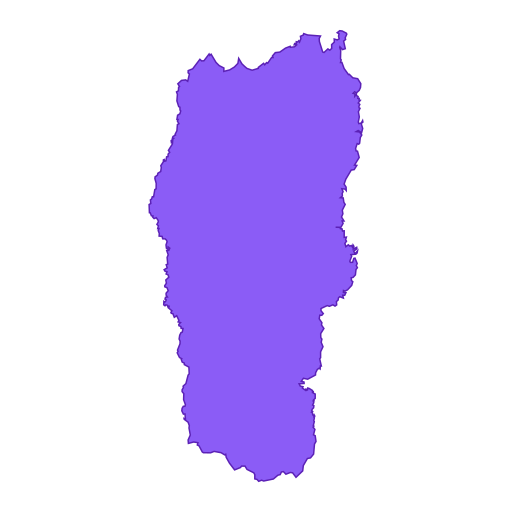 outline of Subang, Jawa Barat, Indonesia
{"feature_id": "22746128B90150108137034", "entity_name": "Subang", "entity_type": "district", "adm_level": 2, "iso_a3": "IDN", "parent_name": "Indonesia", "parent_adm1": "Jawa Barat", "projection": "equal_earth", "projection_center": [107.682, -6.498], "detail": "fine", "context": "isolated", "style": "filled", "palette": "violet", "viewbox_px": 512, "rotation_deg": 0, "n_neighbors": 0, "source": "geoboundaries", "source_scale": "gbopen_adm2", "svg_char_len": 6022}
<svg xmlns="http://www.w3.org/2000/svg" viewBox="0 0 512 512"><path d="M263.7,481.0L273.4,479.0L277.9,475.2L280.2,474.6L281.4,472.0L283.4,471.6L285.9,474.2L290.3,472.5L292.6,472.8L296.0,477.3L302.7,470.9L303.3,465.6L307.4,458.5L310.5,457.9L313.6,454.1L314.5,444.0L316.0,441.5L315.2,435.7L313.5,434.8L314.9,429.4L313.1,427.1L313.9,426.1L313.3,425.6L314.3,421.6L313.8,420.7L314.4,417.7L313.8,417.0L314.8,416.1L314.1,414.8L313.7,415.6L312.7,414.8L312.5,412.9L311.5,412.2L312.6,411.4L311.7,410.6L312.3,409.1L313.6,407.8L313.9,405.7L312.6,405.0L313.8,402.7L313.2,401.0L314.1,400.8L313.6,399.8L315.2,398.4L315.2,394.0L313.3,393.1L313.3,391.9L312.5,392.2L312.5,390.5L309.3,388.5L307.8,388.0L307.5,389.9L306.3,390.4L306.0,388.5L305.4,390.2L302.4,388.1L303.0,386.7L300.3,386.1L299.1,383.8L304.1,383.5L304.0,382.0L301.3,381.3L303.4,378.3L307.7,379.2L315.5,375.0L315.6,372.8L317.3,369.5L319.1,368.2L320.1,369.0L320.4,365.9L321.3,366.0L319.7,358.8L320.6,357.7L320.6,351.8L323.0,346.7L321.2,342.3L321.9,339.1L320.8,337.6L320.7,333.6L323.9,328.5L321.5,325.0L321.9,322.7L319.2,318.8L319.8,315.2L321.8,315.3L323.3,313.6L321.0,310.7L321.0,308.5L327.2,305.6L329.4,306.3L332.9,304.8L335.0,306.1L336.7,304.9L336.4,301.6L338.1,300.1L338.5,297.8L339.7,296.7L343.4,298.1L342.7,295.2L344.7,295.3L345.9,292.7L343.4,292.5L343.5,290.5L345.0,291.1L347.5,289.9L351.7,285.4L352.8,281.7L351.5,280.6L351.2,277.8L353.1,277.4L355.4,274.9L356.0,269.5L357.4,267.7L356.3,265.6L357.2,263.5L355.0,258.1L353.8,258.4L352.6,262.3L350.4,262.4L349.8,261.2L351.7,256.2L350.9,254.6L355.8,254.2L357.1,253.0L357.5,250.9L355.0,253.7L353.7,251.1L356.9,248.8L356.7,247.3L353.3,249.1L353.9,246.3L353.0,244.9L352.4,247.1L351.3,245.5L349.8,246.1L348.3,244.8L345.9,246.7L344.9,243.4L346.5,241.2L345.6,239.7L346.4,237.1L344.2,237.4L344.2,230.8L342.5,231.0L342.0,228.8L340.4,228.7L340.1,227.4L335.6,227.2L340.9,227.3L343.1,223.4L342.1,221.0L344.0,221.0L341.5,217.0L342.9,213.8L342.3,210.2L345.2,204.4L343.9,202.4L343.2,197.9L340.4,197.7L342.4,196.0L342.2,193.4L343.1,191.7L341.8,188.7L345.0,189.1L346.2,190.5L346.1,187.1L344.1,184.1L345.8,179.2L351.2,170.1L354.2,169.6L356.8,165.4L354.5,165.1L359.2,157.5L357.5,151.2L356.1,150.9L355.6,148.4L357.2,143.6L358.7,144.2L359.6,143.3L360.3,137.5L361.8,135.0L359.5,132.0L356.3,131.6L358.2,130.5L361.6,132.6L362.7,128.5L361.2,123.5L362.9,122.1L362.6,120.6L361.3,123.0L358.8,123.6L358.3,122.1L359.3,116.9L358.4,111.7L360.0,108.3L359.1,107.9L358.9,106.4L359.8,104.4L358.2,103.0L360.3,100.3L359.0,100.0L359.2,98.4L357.8,98.3L358.1,96.5L356.3,95.4L356.4,94.3L354.8,96.2L355.0,93.9L353.1,93.3L354.6,91.8L356.4,92.9L359.2,90.4L360.5,87.5L360.8,83.7L357.7,78.7L352.8,77.8L349.3,74.3L348.5,74.6L344.1,68.5L341.9,62.4L340.5,62.5L341.2,59.9L340.5,58.9L340.7,50.4L339.7,47.5L339.9,46.8L342.5,49.6L345.3,48.7L343.6,41.1L345.6,39.5L345.2,37.8L346.8,34.2L346.4,33.2L342.2,31.0L339.7,30.7L337.2,32.7L339.1,33.9L338.5,36.1L339.2,38.8L337.3,39.9L334.2,39.0L334.3,42.1L331.6,44.6L331.7,48.4L329.8,50.2L327.9,48.9L324.0,52.5L322.7,52.0L319.4,41.6L319.2,38.5L320.5,36.0L307.7,35.0L303.7,33.6L303.2,35.1L300.4,36.3L300.9,38.7L299.5,42.1L298.7,40.8L297.6,42.0L296.3,41.7L296.3,43.5L294.7,43.5L294.2,44.7L296.1,44.4L296.7,44.9L294.5,46.8L290.4,47.3L290.2,46.3L285.5,48.1L279.8,52.1L275.3,52.6L272.5,55.9L273.0,57.5L271.6,57.5L267.7,63.2L266.6,62.6L264.7,64.8L263.6,63.3L258.3,67.4L258.3,68.4L252.1,70.2L246.9,68.4L244.5,66.3L241.9,63.8L238.7,58.4L237.9,63.4L234.4,67.0L229.7,69.9L223.8,71.4L223.9,68.0L219.2,65.6L216.0,62.4L211.1,54.2L209.8,55.4L209.1,54.0L203.9,60.8L201.6,60.9L199.9,59.3L192.7,68.8L188.2,70.6L188.1,72.8L189.4,74.0L187.7,81.3L185.7,79.9L181.5,80.4L177.8,83.8L179.5,86.5L178.6,87.3L178.4,90.8L176.5,91.9L177.4,94.3L176.9,100.9L178.7,106.6L179.9,107.2L180.0,110.1L180.7,110.9L179.9,113.8L177.6,115.2L176.9,119.4L178.1,119.5L177.4,121.1L178.9,123.7L177.4,124.6L176.9,130.8L175.1,134.3L175.5,135.0L173.0,136.5L172.4,138.2L173.6,138.4L171.1,140.7L171.4,142.5L172.6,141.4L172.4,144.0L168.4,150.4L169.7,152.3L168.1,154.1L168.0,156.6L166.6,156.8L165.9,160.9L164.6,161.2L164.2,159.5L163.4,159.9L163.4,161.7L160.8,165.7L161.3,167.5L160.7,171.5L157.9,173.2L157.4,175.2L155.1,176.8L154.9,178.7L156.2,183.3L156.1,188.8L154.8,189.6L153.6,196.8L152.3,196.7L151.6,199.0L150.4,199.9L150.8,203.5L149.1,204.5L149.4,212.7L150.2,212.8L151.4,215.8L153.0,216.0L152.7,217.1L154.1,218.6L156.3,217.7L158.1,220.4L158.3,221.9L156.9,224.4L158.4,225.8L157.7,228.6L158.9,228.6L158.2,230.6L159.3,233.5L159.1,236.1L162.1,236.4L162.7,238.8L165.2,238.9L166.5,240.2L167.1,241.7L166.0,244.9L166.4,248.2L167.9,249.2L168.1,246.9L169.8,248.2L168.8,250.4L166.7,250.5L168.2,254.8L167.1,257.4L167.7,264.1L166.2,264.7L167.2,267.8L164.1,269.7L165.0,271.2L167.0,271.8L166.1,274.0L168.0,274.8L168.8,277.2L165.8,280.0L166.4,283.2L164.7,285.7L164.8,286.8L167.0,287.7L168.2,290.7L166.1,293.2L166.1,295.1L167.4,297.0L165.5,297.3L165.0,299.1L166.1,299.6L166.0,300.7L164.8,302.1L163.9,301.4L163.7,304.8L165.0,305.8L165.9,304.8L167.3,305.3L168.0,307.1L169.3,305.6L168.7,308.1L171.9,310.8L170.9,312.4L171.3,313.3L172.9,313.7L174.3,317.3L176.7,315.7L178.9,320.4L178.1,321.9L180.5,322.6L178.8,324.4L178.9,325.7L180.9,326.5L181.1,328.4L183.0,328.5L182.3,332.1L181.0,332.6L179.7,335.2L179.1,339.0L180.1,341.2L180.0,343.8L177.5,350.1L178.1,351.3L177.2,352.8L179.5,357.5L181.7,358.7L181.2,359.3L182.2,362.1L184.3,363.1L184.3,364.6L188.9,367.1L189.2,373.8L188.1,375.1L185.9,383.6L183.1,386.2L183.4,387.6L182.1,389.8L182.1,391.6L183.8,393.7L183.6,399.6L185.4,404.6L184.9,406.3L183.3,406.3L182.1,408.3L181.8,410.8L183.4,414.1L185.0,414.0L185.4,418.8L184.0,418.4L184.2,419.3L188.1,422.2L189.3,425.6L189.0,428.0L190.3,435.0L188.1,440.0L188.4,443.4L193.7,442.0L197.9,442.7L197.3,445.0L199.0,445.8L202.3,452.0L203.4,452.7L210.6,452.8L214.1,451.4L221.1,452.7L224.7,454.9L225.7,454.3L226.2,457.3L229.5,463.2L234.6,469.9L240.5,467.5L241.5,466.1L245.0,466.1L247.0,469.4L253.8,472.8L254.8,474.7L254.8,478.9L257.0,479.4L258.7,481.3L261.6,480.2L263.7,481.0Z" fill="#8b5cf6" stroke="#5b21b6" stroke-width="1.5"/></svg>